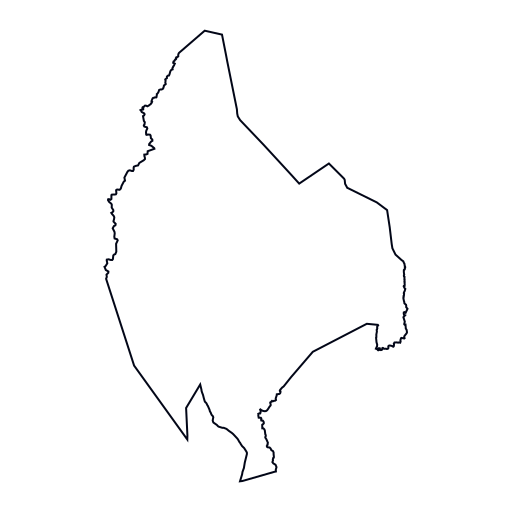 San Juan Tamazola, Oaxaca, Mexico
{"feature_id": "50627088B32435173505967", "entity_name": "San Juan Tamazola", "entity_type": "district", "adm_level": 2, "iso_a3": "MEX", "parent_name": "Mexico", "parent_adm1": "Oaxaca", "projection": "robinson", "projection_center": [-97.154, 17.118], "detail": "fine", "context": "isolated", "style": "outline", "palette": "ink", "viewbox_px": 512, "rotation_deg": 0, "n_neighbors": 0, "source": "geoboundaries", "source_scale": "gbopen_adm2", "svg_char_len": 6056}
<svg xmlns="http://www.w3.org/2000/svg" viewBox="0 0 512 512"><path d="M134.1,365.6L187.3,439.5L187.4,435.3L186.1,408.0L200.2,384.5L201.4,389.5L201.6,391.0L202.1,392.6L203.0,394.9L203.8,398.1L204.7,401.2L205.3,402.2L205.9,402.6L206.5,403.4L207.5,405.5L207.8,405.8L209.5,409.7L209.9,411.3L210.7,412.6L211.4,414.4L211.9,415.2L212.9,416.2L213.3,417.3L213.1,418.1L212.7,420.5L213.1,421.9L213.5,422.6L216.8,424.9L218.1,426.3L218.8,426.7L222.3,427.8L223.7,427.8L226.5,428.9L228.8,430.8L231.8,432.9L233.2,434.1L237.1,438.3L237.9,439.3L239.4,442.0L240.1,442.8L240.6,443.8L242.1,446.1L244.1,448.0L246.4,451.6L246.9,452.7L246.9,454.0L244.8,462.5L243.9,468.0L242.5,471.9L242.1,474.4L240.0,481.3L242.4,481.0L274.8,471.7L275.9,471.5L275.8,469.6L276.5,467.1L275.5,464.7L273.3,463.4L272.4,462.1L273.0,460.4L272.8,459.7L273.2,458.0L273.6,457.9L273.9,457.1L273.6,454.0L273.6,452.5L273.0,451.1L271.4,450.2L270.6,448.5L269.6,447.5L267.7,447.3L267.0,446.8L266.8,446.0L267.6,444.8L267.4,444.5L267.9,442.8L266.4,439.3L265.3,437.6L265.3,437.0L265.8,436.0L265.7,435.0L265.3,434.3L264.8,430.4L264.3,429.3L263.3,428.3L262.3,428.3L262.2,424.8L262.6,424.4L263.2,424.1L263.8,423.3L263.7,422.0L262.9,420.7L261.3,420.5L261.1,419.7L261.4,419.0L261.2,418.2L260.9,417.8L258.7,417.7L258.3,415.7L258.4,414.3L258.3,413.8L259.5,413.3L260.2,413.4L260.5,412.6L260.7,410.9L260.1,409.7L260.4,409.4L261.3,410.1L262.9,410.9L264.6,411.2L265.9,411.1L267.1,410.3L268.2,408.8L269.5,406.7L270.4,405.7L270.7,405.1L270.6,404.1L270.2,402.8L270.3,402.4L271.7,401.6L271.6,401.3L272.0,400.9L272.6,401.3L273.2,401.2L274.0,400.8L275.1,400.7L276.0,400.0L275.7,398.4L276.7,395.4L276.8,394.3L278.2,394.1L279.4,393.9L280.1,393.3L280.4,392.6L280.5,391.4L279.9,391.1L279.8,390.6L280.2,389.8L282.2,387.5L283.6,386.5L291.0,377.2L312.8,351.8L366.8,323.8L378.4,324.9L378.7,324.8L377.8,325.7L377.1,326.9L377.3,328.4L377.0,329.1L377.0,329.5L376.7,329.8L376.7,330.1L376.9,331.5L376.3,334.7L376.4,335.1L376.3,335.9L376.4,337.1L376.1,337.5L376.1,337.9L376.5,342.2L377.2,344.7L377.0,346.6L376.6,347.1L375.9,348.7L377.4,349.3L377.8,350.0L378.2,350.3L378.8,350.1L378.7,349.3L378.4,348.5L378.8,348.2L379.8,348.3L380.2,349.8L380.8,350.1L381.4,350.0L382.0,349.7L382.2,349.4L382.2,348.4L382.3,348.1L382.7,347.9L383.1,348.0L383.7,348.6L384.2,348.8L385.4,348.7L386.3,348.8L386.8,349.0L387.8,348.8L388.1,348.5L388.4,348.0L388.3,346.5L388.4,346.1L389.2,345.5L389.9,345.5L392.1,346.0L392.9,346.6L393.4,346.7L393.8,346.2L393.9,345.6L394.0,344.4L393.8,343.7L394.5,342.5L396.9,342.4L398.1,342.7L398.9,342.4L400.2,342.7L400.6,341.5L400.4,340.3L401.0,338.2L401.5,337.9L404.2,338.5L404.6,338.1L404.1,337.2L404.5,335.9L406.6,333.3L407.0,332.3L406.6,329.8L405.8,328.6L405.5,324.6L404.6,324.7L404.2,324.1L404.8,321.7L403.4,317.2L405.1,315.3L404.0,314.8L403.7,313.4L403.8,312.4L404.5,312.1L405.6,312.8L407.5,308.8L406.2,307.2L406.2,305.5L406.0,304.7L405.0,303.9L404.4,303.3L404.2,301.6L403.9,301.0L403.8,300.2L403.4,298.6L403.4,297.3L403.6,297.3L403.6,297.1L403.8,296.1L403.7,295.7L403.9,295.6L404.1,293.7L403.8,293.3L403.9,292.6L404.2,291.9L404.5,291.5L405.3,288.9L404.7,288.3L403.7,286.4L403.8,286.0L404.6,285.9L404.7,284.2L404.5,282.6L404.7,282.3L404.7,281.8L404.4,281.4L404.6,280.1L404.6,279.5L404.4,279.4L404.5,276.8L404.0,276.5L403.9,275.9L403.9,275.2L404.2,274.7L403.9,272.8L403.8,270.8L403.9,270.0L404.3,269.9L404.7,269.4L404.8,269.0L404.7,268.6L404.8,268.1L405.1,267.9L405.2,267.3L404.8,267.0L404.8,266.7L405.0,266.3L404.7,265.7L404.4,263.6L403.9,262.9L403.3,261.3L401.6,260.1L395.5,254.6L392.4,248.3L391.7,244.0L389.7,227.2L387.1,210.1L376.8,202.4L347.9,188.1L347.3,187.9L345.1,183.8L344.7,179.9L344.1,178.7L328.9,163.5L299.2,183.6L289.4,172.8L263.8,145.0L240.1,120.1L237.8,116.4L237.2,113.5L236.9,109.3L227.2,61.2L226.1,55.4L222.0,34.6L204.7,30.7L179.2,52.7L178.6,53.5L178.2,55.0L178.2,55.8L178.3,56.2L177.8,56.8L177.0,57.2L176.4,57.2L175.8,58.2L176.2,58.8L175.9,59.3L174.8,60.0L174.6,60.7L173.5,61.5L173.5,62.0L173.2,62.8L174.8,63.6L173.9,65.7L173.2,66.4L173.1,67.0L172.4,68.2L172.6,69.4L171.7,69.7L170.9,70.3L170.3,71.4L169.5,74.3L169.0,75.5L167.8,75.7L166.9,76.6L166.9,78.2L165.4,79.2L165.2,79.7L165.6,80.6L165.3,82.8L165.7,83.7L165.7,84.2L163.9,85.5L163.8,86.8L163.4,87.4L163.2,88.5L162.6,89.0L161.6,89.5L160.8,89.4L159.2,89.9L158.4,92.2L157.6,93.4L156.8,94.1L156.9,94.9L156.7,95.5L156.5,97.1L156.3,97.4L154.7,97.4L154.3,97.7L153.1,97.9L152.6,98.4L151.5,101.1L151.5,101.4L152.1,101.8L151.5,103.1L151.0,103.4L150.7,104.2L149.5,104.9L148.9,105.5L147.4,106.3L146.9,106.1L146.4,105.8L145.6,105.6L144.8,105.7L143.9,106.8L143.2,106.9L142.6,107.3L142.4,107.9L143.1,108.4L143.3,108.8L143.3,109.2L143.1,109.5L141.1,109.8L140.5,110.1L141.2,110.9L141.7,112.0L144.2,113.4L144.6,114.2L144.1,115.4L143.0,116.1L143.9,121.0L144.8,122.2L144.5,124.4L143.9,125.1L143.8,125.7L144.4,126.6L146.9,127.3L147.3,128.5L146.3,130.6L146.0,132.2L146.2,134.6L146.8,134.9L147.9,134.5L150.0,134.7L150.6,135.5L150.9,138.2L152.3,139.5L152.4,140.8L151.1,141.6L149.2,144.0L149.1,145.0L151.4,145.8L154.2,148.1L154.4,148.8L147.7,151.2L147.5,153.9L146.3,154.4L144.3,154.6L144.4,156.2L144.8,157.2L145.0,159.0L143.8,160.2L139.5,162.8L139.0,163.5L138.1,165.4L135.7,165.9L133.9,166.7L133.6,167.9L133.7,169.7L133.0,171.0L131.9,171.0L129.8,170.3L128.4,170.7L127.4,171.9L124.4,177.6L125.0,180.7L123.8,181.6L121.6,185.8L120.8,188.6L119.6,189.8L117.1,189.5L116.1,190.2L116.4,193.3L115.9,194.3L114.9,194.5L111.9,194.6L111.4,195.1L111.4,199.0L110.5,199.8L108.9,199.1L108.1,199.3L108.0,200.1L109.1,201.9L111.3,203.7L111.8,204.8L111.7,207.6L113.3,210.1L113.3,211.3L112.5,212.2L111.3,212.9L112.1,214.1L113.7,215.9L114.3,217.3L114.0,219.5L113.6,220.6L113.5,221.6L115.7,223.9L115.4,225.3L113.9,226.1L112.7,228.3L114.5,231.9L114.7,233.5L114.3,236.7L114.6,238.5L117.2,239.3L117.7,240.4L116.1,243.8L116.3,251.7L115.3,254.1L114.2,254.5L113.3,255.4L112.9,259.1L112.2,260.0L110.4,259.9L108.7,259.3L106.8,259.6L106.7,260.4L107.3,263.3L105.5,266.2L104.5,266.8L105.8,270.0L108.4,271.5L108.3,272.8L106.5,274.6L106.8,276.9L106.1,278.8L134.1,365.6Z" fill="none" stroke="#020617" stroke-width="2"/></svg>